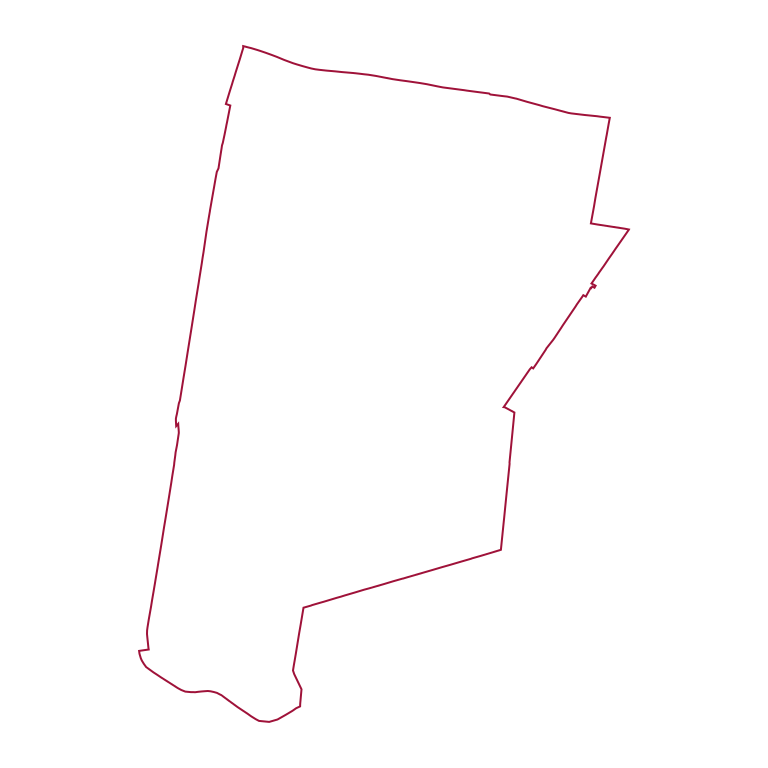 the district of Burwood, New South Wales, Australia
{"feature_id": "25037944B28335850506337", "entity_name": "Burwood", "entity_type": "district", "adm_level": 2, "iso_a3": "AUS", "parent_name": "Australia", "parent_adm1": "New South Wales", "projection": "robinson", "projection_center": [151.103, -33.885], "detail": "fine", "context": "isolated", "style": "outline", "palette": "rose", "viewbox_px": 768, "rotation_deg": 0, "n_neighbors": 0, "source": "geoboundaries", "source_scale": "gbopen_adm2", "svg_char_len": 3373}
<svg xmlns="http://www.w3.org/2000/svg" viewBox="0 0 768 768"><path d="M224.6,134.4L222.8,142.9L222.0,145.4L221.6,148.2L220.6,154.5L218.5,168.3L218.0,169.4L216.8,171.9L215.4,179.5L214.1,187.0L212.5,196.0L210.9,205.2L209.9,210.9L209.9,211.2L208.9,217.0L206.5,231.5L203.5,252.3L202.6,257.7L201.8,263.2L199.3,278.8L198.7,282.8L195.9,300.0L194.4,309.8L191.6,327.5L187.7,351.9L185.5,365.9L183.6,377.4L179.9,400.5L178.9,403.2L176.9,414.0L176.3,416.5L175.9,418.6L175.9,420.8L176.2,426.1L178.2,423.8L178.3,425.8L178.6,429.1L178.8,432.0L178.8,433.1L177.0,445.2L175.6,452.4L175.3,455.2L174.3,462.6L174.1,464.9L172.3,475.9L171.3,482.6L169.1,496.4L165.7,517.4L164.0,527.6L161.3,544.7L158.2,563.5L157.6,567.3L155.4,580.5L155.0,583.0L153.5,591.9L152.1,600.0L151.0,606.9L148.7,619.9L147.5,627.4L147.1,630.4L147.0,634.0L147.3,637.1L148.4,647.6L148.7,649.5L139.1,650.9L139.5,653.8L140.8,658.2L141.8,660.5L143.8,663.8L146.2,667.1L153.5,672.4L157.2,674.8L160.9,677.3L177.8,688.1L181.3,690.0L185.3,691.6L190.6,692.1L195.4,692.2L197.5,691.9L201.1,691.5L204.9,691.2L207.8,691.0L210.6,691.3L213.8,692.0L217.0,692.9L219.6,694.3L221.3,695.1L229.1,700.9L237.6,707.1L247.8,713.9L251.0,716.2L255.8,719.2L259.0,720.9L269.2,721.9L277.5,719.5L285.8,714.8L292.5,710.8L296.2,708.2L300.1,706.4L300.2,703.8L301.5,689.3L297.8,681.6L294.2,674.1L293.0,670.5L293.9,664.9L294.5,661.5L295.7,654.5L299.3,632.4L299.5,631.3L300.6,625.0L303.5,607.7L310.9,605.6L312.1,605.1L320.7,602.6L323.9,601.7L336.8,597.8L340.8,596.7L344.6,595.5L355.2,592.4L364.1,589.7L369.3,588.3L383.5,584.2L386.5,583.3L393.1,581.3L402.6,578.6L402.9,578.6L407.9,577.1L422.4,572.9L431.7,570.2L442.2,567.1L450.0,564.9L459.5,562.1L461.9,561.4L470.9,558.8L472.2,558.3L481.0,555.8L500.9,549.8L503.7,522.2L504.1,518.4L506.5,494.3L509.4,465.8L509.6,463.8L509.5,462.5L512.0,437.1L514.4,412.5L506.7,408.3L504.6,407.2L503.7,407.1L529.8,369.3L531.6,367.3L533.2,368.4L536.2,364.1L545.8,349.6L546.4,348.4L549.3,344.7L553.2,339.8L553.9,338.8L554.6,337.8L559.5,330.4L561.3,327.7L562.5,325.8L562.9,325.2L563.3,324.6L575.9,306.0L576.1,305.6L577.0,304.2L581.6,297.7L582.3,296.7L583.3,295.2L585.8,296.6L590.6,287.9L591.1,288.2L592.3,286.5L594.5,287.7L595.6,285.7L591.5,283.5L593.3,280.9L594.6,279.0L595.8,277.2L596.0,277.0L598.0,274.2L598.6,273.4L598.7,273.1L602.4,267.9L603.5,266.4L608.7,258.7L611.5,254.7L611.8,254.3L615.8,248.4L616.8,247.0L625.3,234.8L628.2,230.6L628.4,230.4L628.9,229.5L624.8,228.7L597.4,224.5L590.9,223.4L594.0,206.5L595.4,198.0L599.6,174.6L606.3,137.0L606.7,135.0L608.6,124.2L609.8,117.8L599.8,116.6L596.9,116.2L584.8,115.0L571.3,113.4L568.4,112.9L553.4,108.9L542.8,106.2L539.5,105.2L527.0,101.8L516.2,98.6L515.5,98.5L514.2,98.2L507.3,96.6L502.9,96.1L490.3,94.5L489.1,93.5L477.4,92.0L466.8,90.6L464.3,90.2L442.8,87.4L437.6,86.4L426.9,84.2L419.7,83.0L407.2,81.2L400.4,80.3L392.4,79.1L375.7,75.9L368.2,74.7L364.3,74.3L361.1,73.9L355.9,73.3L353.0,73.0L342.3,72.1L334.6,71.3L326.5,70.6L319.2,69.8L315.3,69.3L311.4,68.5L307.6,67.5L302.9,66.2L296.8,64.4L293.0,63.2L284.9,60.2L284.1,59.9L276.9,56.9L271.6,54.9L265.8,52.8L260.2,50.9L257.4,50.0L251.1,48.1L248.6,47.5L243.2,46.1L243.2,48.2L242.5,50.3L240.4,57.3L239.6,59.9L238.8,62.4L235.8,71.9L235.1,74.2L234.7,75.6L232.8,81.5L232.2,83.6L229.8,91.2L225.9,104.0L230.3,105.5L228.8,113.2L227.6,119.3L227.1,121.9L226.4,125.2L226.1,126.9L224.6,134.4Z" fill="none" stroke="#9f1239" stroke-width="2"/></svg>